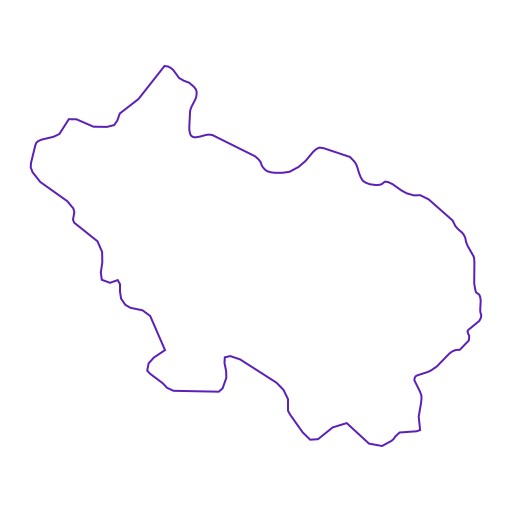 an SVG outline of Frosinone
{"feature_id": "ITA-5425", "entity_name": "Frosinone", "entity_type": "Province", "adm_level": 1, "iso_a3": "ITA", "parent_name": "Italy", "parent_adm1": "", "projection": "mercator", "projection_center": [13.565, 41.628], "detail": "fine", "context": "isolated", "style": "outline", "palette": "violet", "viewbox_px": 512, "rotation_deg": 0, "n_neighbors": 0, "source": "natural_earth", "source_scale": "10m", "svg_char_len": 2362}
<svg xmlns="http://www.w3.org/2000/svg" viewBox="0 0 512 512"><path d="M218.8,391.7L173.5,390.8L167.0,387.8L162.7,383.2L150.0,373.7L147.2,370.6L148.6,363.4L153.8,357.6L165.0,350.1L150.2,316.0L142.5,310.3L130.4,307.8L125.3,304.8L121.1,298.7L120.0,291.6L120.0,284.2L117.7,280.1L110.0,282.8L101.8,279.8L100.8,272.4L102.3,262.5L102.1,251.9L97.5,241.3L74.2,222.7L73.0,219.7L74.3,212.4L73.4,208.5L67.2,201.1L40.3,182.0L32.5,172.1L30.7,167.3L31.0,163.0L35.4,145.0L36.4,142.7L38.2,141.1L41.3,139.7L53.5,136.8L59.4,134.0L68.8,119.2L76.5,119.3L93.5,126.7L107.0,126.9L114.1,125.1L117.2,120.8L119.8,113.5L138.5,99.0L164.5,66.0L168.4,66.6L170.7,67.9L173.0,69.7L179.1,78.0L184.0,80.8L189.1,82.7L193.8,86.7L196.0,89.5L196.7,92.3L196.5,94.9L196.1,97.3L195.3,99.4L191.5,106.8L190.7,108.8L190.1,111.2L189.3,126.7L189.3,129.2L189.6,131.5L190.1,133.6L190.9,135.5L192.6,136.8L195.2,137.4L199.9,136.6L205.4,135.1L207.6,134.7L209.9,134.7L212.3,135.0L255.1,156.3L258.5,159.3L260.6,162.0L261.2,163.9L261.9,165.7L262.9,167.3L264.2,168.8L265.7,170.2L267.5,171.3L270.4,172.2L274.5,172.8L282.3,172.8L289.5,171.8L298.5,167.0L305.6,160.9L313.1,151.9L316.1,149.2L317.8,148.3L319.6,147.6L323.7,148.2L350.0,157.0L353.7,160.8L355.6,163.3L356.8,165.8L359.3,173.8L360.8,177.4L361.8,179.2L363.0,180.9L365.6,182.6L369.6,184.2L376.1,185.1L379.6,184.8L382.0,184.0L383.5,182.7L385.1,181.6L388.2,182.1L392.6,184.2L401.5,190.5L406.9,193.4L414.0,195.4L420.2,195.2L428.7,199.4L452.6,220.5L455.3,226.0L458.0,229.1L462.4,232.9L463.5,234.4L464.5,236.2L465.3,238.1L466.2,242.3L467.7,246.0L473.5,256.2L474.1,258.1L474.4,262.6L474.2,283.1L475.1,288.9L476.0,292.4L478.3,293.9L479.5,295.1L480.3,297.5L480.7,300.8L480.2,310.4L480.6,313.3L481.3,315.3L480.9,317.8L479.3,320.9L468.3,329.9L467.5,331.4L468.2,333.8L469.2,335.7L469.1,338.3L468.8,340.5L459.8,349.8L455.7,350.0L452.3,351.4L449.3,353.6L437.4,365.9L436.6,366.6L430.9,370.5L427.7,372.0L417.2,375.4L415.5,376.4L414.6,378.1L414.4,380.4L420.0,391.6L421.4,395.6L421.5,398.6L421.1,402.7L418.7,416.6L420.1,430.1L416.4,431.3L399.6,432.5L395.4,436.4L393.7,438.9L391.6,440.8L382.0,446.0L369.0,443.6L346.7,423.1L332.7,427.4L318.0,439.2L310.2,439.7L302.7,432.4L289.9,414.3L288.0,410.7L288.0,399.1L283.5,389.9L276.5,382.7L240.1,359.4L230.3,356.1L224.8,357.3L224.5,363.1L226.1,370.9L226.3,377.9L222.6,388.3L218.8,391.7Z" fill="none" stroke="#5b21b6" stroke-width="2"/></svg>